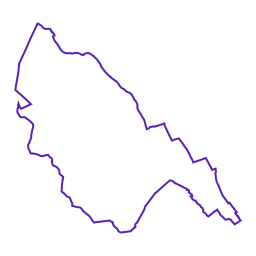 the district of Tacuta, Vaslui, Romania
{"feature_id": "2599482B23186583310189", "entity_name": "Tacuta", "entity_type": "district", "adm_level": 2, "iso_a3": "ROU", "parent_name": "Romania", "parent_adm1": "Vaslui", "projection": "equal_earth", "projection_center": [27.668, 46.938], "detail": "fine", "context": "isolated", "style": "outline", "palette": "violet", "viewbox_px": 256, "rotation_deg": 0, "n_neighbors": 0, "source": "geoboundaries", "source_scale": "gbopen_adm2", "svg_char_len": 5686}
<svg xmlns="http://www.w3.org/2000/svg" viewBox="0 0 256 256"><path d="M18.9,64.1L19.2,64.4L18.1,73.8L15.7,87.3L15.4,90.2L15.8,90.2L16.7,91.1L18.1,92.4L18.4,92.8L19.5,93.6L22.0,95.7L27.3,100.6L31.0,104.2L22.3,108.2L20.9,108.7L20.0,107.2L18.5,103.6L18.2,105.6L18.3,106.4L18.0,107.8L18.0,108.2L17.7,108.7L17.4,110.0L17.4,110.4L17.3,111.0L17.3,111.4L17.5,112.4L17.8,112.7L17.8,113.1L18.0,113.3L19.7,116.2L20.8,117.3L22.3,117.2L25.1,117.3L25.9,117.9L26.0,118.2L27.2,119.0L27.7,119.2L28.1,119.6L28.7,120.0L29.1,120.5L30.5,121.5L30.9,122.2L31.5,122.7L32.7,123.7L33.1,124.6L33.1,125.8L33.2,126.6L33.0,127.9L32.5,129.3L31.8,131.7L31.7,133.3L31.2,135.4L31.3,137.0L30.9,138.5L29.7,141.5L29.5,142.7L28.4,144.2L28.2,144.7L28.2,146.9L28.5,148.8L29.7,150.9L30.2,152.7L30.6,153.2L30.7,153.4L32.1,153.4L35.0,153.8L36.9,154.3L38.9,155.0L39.7,155.6L40.4,155.9L40.8,156.0L42.9,156.1L45.2,155.4L47.6,154.9L48.2,154.9L49.2,156.3L50.1,157.3L51.3,158.1L51.9,158.8L52.3,159.9L52.2,160.6L51.9,160.9L51.9,161.2L51.8,161.3L51.9,161.5L51.8,161.8L51.9,162.1L52.2,163.3L52.9,165.2L53.4,165.6L56.0,166.6L56.1,166.8L56.4,167.0L56.6,167.3L57.8,168.2L58.2,168.7L58.6,169.5L58.8,169.6L59.2,170.2L59.4,171.9L59.4,172.7L59.6,173.1L59.8,174.0L62.1,176.0L62.3,176.0L63.2,176.8L62.2,182.8L61.8,186.4L61.6,191.5L62.6,192.3L63.5,192.8L64.1,193.6L65.3,194.6L66.2,195.8L66.9,196.4L67.4,196.7L69.4,197.3L69.7,197.6L70.3,198.6L70.7,200.1L71.0,200.9L72.1,202.9L72.4,204.5L72.2,205.3L72.2,205.8L77.0,207.1L79.4,207.3L80.7,207.9L81.3,208.5L82.3,210.0L83.4,211.2L86.5,213.9L88.4,215.2L90.1,217.0L90.5,217.5L92.0,219.9L93.9,222.5L109.8,220.5L110.0,220.8L111.3,221.8L112.2,221.9L112.7,222.3L112.8,222.4L112.7,223.1L112.8,223.7L113.4,224.6L113.8,226.0L114.6,226.5L117.2,228.8L117.6,229.4L118.0,230.2L118.3,230.7L118.4,231.3L118.9,231.5L119.7,232.0L121.2,232.5L123.1,232.3L124.0,232.0L125.8,231.9L130.9,231.2L131.9,229.9L133.4,228.8L134.1,227.6L134.5,227.6L134.7,227.3L135.3,227.2L135.5,226.9L135.2,224.9L135.3,224.2L136.2,223.3L136.8,222.9L136.9,222.3L137.5,222.0L137.7,221.7L138.2,220.5L138.8,219.7L139.1,218.9L144.2,209.7L145.1,206.5L150.1,200.0L154.8,193.6L155.0,193.3L155.7,192.9L166.9,182.9L170.0,180.4L171.0,180.5L171.9,180.8L174.1,182.1L174.5,182.4L174.5,182.8L175.4,183.4L176.4,183.7L178.8,184.9L179.8,185.3L180.1,185.6L181.1,186.0L184.0,187.6L186.2,188.6L186.6,188.9L186.9,189.2L187.0,189.9L187.7,189.6L188.0,190.0L188.4,190.0L188.7,190.2L189.0,190.6L188.9,191.2L189.0,191.6L188.9,192.0L189.3,192.3L189.2,192.6L189.3,192.8L189.7,192.9L189.9,193.3L190.5,193.6L190.8,193.9L191.5,194.3L191.6,194.9L191.9,195.1L192.3,196.0L192.3,196.3L192.2,196.5L191.8,196.7L191.0,196.7L191.6,197.3L191.8,198.0L192.5,199.3L194.0,200.2L195.3,200.8L195.6,200.8L195.6,201.1L196.3,201.7L196.5,202.3L196.8,202.5L196.9,203.0L197.3,203.3L197.5,203.7L197.9,204.0L198.7,204.3L199.3,204.8L199.5,205.1L199.9,205.1L200.1,205.4L200.2,205.8L200.6,206.2L201.1,207.2L201.3,207.4L201.8,207.5L202.4,207.9L202.3,208.2L202.3,208.4L202.7,208.6L202.8,208.8L202.9,209.2L203.3,209.6L203.1,210.6L203.0,210.9L203.1,211.7L204.5,212.8L205.3,213.2L207.1,215.5L207.5,216.0L208.2,216.4L208.4,216.5L208.6,216.3L215.0,211.2L217.2,209.6L217.5,210.4L217.9,211.0L219.0,212.1L219.3,212.5L220.2,214.7L225.5,219.7L227.2,219.5L227.8,219.3L228.4,218.8L229.2,219.2L230.0,219.4L230.7,219.8L231.0,220.2L231.4,220.2L231.7,221.0L232.5,222.0L234.7,224.3L240.6,220.6L238.3,217.4L238.6,217.2L237.8,216.1L237.5,216.2L235.3,213.1L236.8,212.3L232.2,206.4L229.7,202.9L229.2,202.6L228.7,202.8L228.6,203.1L228.2,203.3L226.2,200.3L224.5,198.1L223.9,197.2L223.2,196.4L222.2,194.5L221.3,192.4L220.9,191.7L219.3,187.2L218.6,185.7L217.9,184.4L216.7,181.7L216.5,181.2L216.3,179.8L215.9,178.6L215.8,176.0L215.4,174.0L215.4,173.4L215.9,172.0L215.9,171.5L215.8,170.1L215.6,168.7L212.1,169.8L211.8,169.0L205.8,158.0L200.1,160.1L193.3,162.4L192.6,160.5L191.0,157.6L189.9,155.4L189.6,154.8L189.6,154.2L189.4,154.0L188.7,152.6L187.5,150.7L186.1,148.2L184.4,146.3L183.0,144.0L181.8,142.3L180.1,140.2L178.9,138.5L177.4,138.8L173.7,139.9L172.0,140.7L171.6,140.1L171.1,139.0L170.2,137.2L165.9,128.2L164.8,125.8L164.3,123.4L161.5,124.5L155.1,126.5L155.0,126.3L153.7,126.7L152.5,126.4L151.5,126.9L150.0,127.0L149.5,127.6L149.0,128.4L148.6,128.6L146.7,129.1L146.1,126.8L145.6,125.4L145.6,124.9L145.2,123.4L144.6,121.3L144.0,119.6L143.2,118.3L142.4,117.2L140.6,113.8L138.9,111.5L137.8,109.4L137.4,107.6L137.4,105.9L137.6,105.4L136.3,101.9L135.2,100.5L134.3,99.7L134.1,99.1L133.1,96.9L131.1,94.0L130.8,93.7L129.2,92.6L127.8,92.2L126.7,91.7L126.2,91.3L124.9,90.0L123.5,88.9L121.8,88.1L121.4,87.8L120.9,87.3L119.6,85.7L118.8,84.7L118.2,83.5L117.2,82.3L115.7,80.9L115.1,80.6L114.4,80.1L114.2,79.8L111.3,77.9L111.0,77.5L110.9,77.2L110.7,77.2L107.6,74.4L106.5,73.1L104.7,71.4L104.1,70.4L103.8,70.1L103.1,69.0L101.6,67.2L101.5,66.8L101.1,66.5L101.0,66.0L101.0,65.8L100.8,65.5L100.8,65.3L100.1,63.9L99.9,63.4L99.4,62.8L99.0,62.3L99.0,62.1L97.6,60.3L96.9,59.3L96.1,58.5L94.9,57.7L94.7,57.3L93.7,56.2L91.8,54.9L90.4,53.8L89.3,53.3L88.1,53.0L86.8,53.1L85.0,53.6L84.1,54.2L83.7,54.8L83.4,55.0L82.5,55.1L78.9,53.3L77.5,52.9L75.0,52.9L74.1,53.1L73.2,53.5L72.6,53.6L70.2,53.3L68.7,53.2L67.3,53.3L64.9,52.8L62.9,51.9L61.7,50.9L61.4,50.5L59.9,48.3L59.2,46.9L58.3,45.8L57.7,44.5L57.5,44.2L56.6,43.3L55.7,42.2L54.9,41.1L54.2,39.9L52.9,36.5L53.1,36.2L53.4,36.1L53.9,35.4L54.5,35.4L54.1,34.1L53.9,33.7L53.2,33.1L52.4,31.9L51.9,32.2L51.5,31.7L51.0,30.8L50.3,29.0L47.6,28.8L45.2,29.0L44.5,28.7L43.4,28.0L42.0,26.6L41.7,26.1L40.8,25.3L40.3,25.1L39.8,24.6L39.4,24.5L39.2,24.2L37.9,23.5L37.6,23.5L33.3,32.7L33.2,32.8L32.5,34.2L29.3,41.2L29.0,42.1L28.9,42.3L28.1,43.8L28.0,44.4L20.3,61.3L18.9,64.1Z" fill="none" stroke="#5b21b6" stroke-width="2"/></svg>